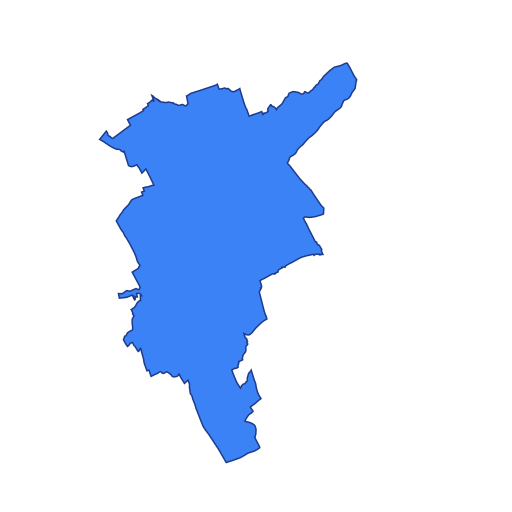 Glavanesti, Bacau, Romania, rotated 71°
{"feature_id": "2599482B83875857219872", "entity_name": "Glavanesti", "entity_type": "district", "adm_level": 2, "iso_a3": "ROU", "parent_name": "Romania", "parent_adm1": "Bacau", "projection": "robinson", "projection_center": [27.377, 46.271], "detail": "fine", "context": "isolated", "style": "filled", "palette": "blue", "viewbox_px": 512, "rotation_deg": 71, "n_neighbors": 0, "source": "geoboundaries", "source_scale": "gbopen_adm2", "svg_char_len": 6096}
<svg xmlns="http://www.w3.org/2000/svg" viewBox="0 0 512 512"><g transform="rotate(71 256 256)"><path d="M441.6,351.4L441.7,344.0L441.6,336.6L440.6,331.1L439.8,328.0L439.9,321.1L439.3,317.5L438.4,314.7L438.6,314.6L427.0,316.3L426.7,315.7L424.0,314.0L422.1,313.4L420.7,312.6L417.8,312.2L416.1,312.3L414.9,312.8L413.1,314.2L410.7,317.0L409.5,319.2L408.4,320.2L406.6,318.3L403.8,314.6L402.9,311.2L401.8,309.3L396.9,310.6L395.3,305.2L393.3,300.5L392.5,297.7L388.6,298.6L384.8,298.9L380.6,298.6L376.6,297.9L372.3,298.0L362.3,297.7L363.2,298.7L364.5,301.1L368.5,304.0L371.2,304.8L371.7,306.3L372.3,306.9L373.0,308.1L373.1,308.5L373.0,310.0L374.1,312.1L375.0,312.6L375.9,313.8L368.9,315.4L360.8,315.9L355.8,316.0L355.4,313.2L355.7,310.4L355.2,309.0L353.5,308.7L352.9,308.2L352.8,307.9L352.0,307.6L351.4,306.9L350.2,306.7L350.0,303.4L349.8,302.4L347.9,302.1L345.6,300.5L344.8,299.6L343.3,297.2L341.9,296.2L338.3,295.1L337.3,293.3L336.5,292.4L335.9,292.7L334.5,292.7L334.0,291.8L332.3,292.2L332.1,291.8L331.6,291.7L329.2,292.8L325.4,292.7L326.8,291.4L328.1,289.3L328.3,287.5L327.1,284.5L324.3,280.1L321.0,273.2L319.9,270.0L319.1,266.2L316.3,266.0L314.3,266.3L310.8,266.2L291.0,264.6L289.1,262.4L288.2,262.3L287.7,262.0L288.0,261.5L286.8,260.7L285.4,260.4L280.6,260.3L280.5,259.4L280.2,258.7L279.9,255.5L278.3,246.6L278.6,244.5L279.1,244.4L279.1,243.9L278.8,242.9L278.4,242.6L278.2,240.3L277.6,240.2L276.7,239.6L276.1,237.5L275.8,235.3L275.0,235.2L276.0,232.0L275.1,231.6L274.2,227.7L273.8,224.2L272.3,216.0L272.0,213.5L272.2,208.5L273.0,201.8L273.3,201.0L274.3,200.9L273.7,198.8L274.9,196.0L274.9,195.2L275.6,195.5L275.9,194.9L275.9,193.3L276.3,192.2L272.4,192.5L271.3,191.7L266.8,192.6L265.7,193.3L265.1,194.2L262.5,194.2L262.2,195.2L246.7,197.4L241.3,197.9L240.7,198.2L235.7,198.9L234.9,197.2L237.0,192.8L237.3,191.3L238.1,187.0L238.4,179.0L238.0,178.4L232.8,176.3L229.3,178.0L215.2,181.8L211.4,182.6L211.1,183.0L210.4,183.4L209.1,183.7L207.4,184.8L206.8,184.8L203.4,186.7L197.0,189.5L181.3,194.8L178.7,196.1L178.3,196.1L176.5,194.0L173.9,192.1L173.3,191.1L172.9,188.4L172.1,185.8L171.2,184.4L169.3,182.5L168.3,181.0L167.0,178.5L166.5,176.7L165.4,174.4L164.5,173.2L161.5,167.6L160.4,163.9L158.5,159.5L157.0,156.7L154.6,153.6L152.1,149.5L150.8,146.5L150.9,145.4L150.1,142.6L148.3,139.0L145.9,135.4L145.2,134.1L143.4,128.1L142.3,126.4L140.7,125.3L137.8,122.6L137.5,121.5L137.4,118.9L136.8,116.7L135.7,114.9L132.7,111.9L130.2,108.2L129.6,107.6L124.1,104.8L122.2,103.4L117.1,104.7L108.7,105.9L103.7,106.9L103.1,107.3L103.0,109.4L103.5,113.7L103.0,120.5L104.6,125.6L108.1,133.5L110.6,136.8L111.0,138.5L113.1,140.7L113.8,141.8L114.0,143.4L114.5,144.3L115.5,145.2L115.4,146.1L116.0,146.6L117.4,148.8L117.5,150.1L118.4,151.9L118.9,153.6L118.6,154.2L116.5,156.3L116.9,157.0L117.6,157.5L118.0,159.2L118.0,159.7L117.5,160.6L115.1,162.7L113.8,164.9L112.7,167.2L112.6,167.8L112.8,171.5L114.0,172.8L115.4,173.8L115.7,174.5L115.9,176.5L120.3,181.5L121.0,182.6L122.6,187.1L124.2,189.1L123.1,189.2L120.9,190.4L120.8,190.7L120.1,191.2L120.2,191.5L119.4,192.0L119.1,192.6L118.2,192.4L117.7,193.0L120.2,196.5L121.3,197.0L121.3,197.3L123.3,197.4L124.0,200.9L123.7,201.5L123.4,201.7L123.6,202.5L124.1,202.6L124.4,203.6L121.3,203.6L121.5,207.4L121.4,213.7L121.6,213.7L121.5,217.0L114.4,217.0L112.3,217.4L107.4,217.5L94.1,217.0L92.4,216.8L93.0,219.1L92.9,219.7L93.2,220.4L93.2,221.9L93.5,222.8L93.2,224.5L92.5,225.0L91.9,226.2L90.8,226.5L88.7,227.7L88.4,228.0L88.4,229.4L87.0,230.7L86.6,235.1L86.1,236.6L81.0,236.6L81.2,237.3L81.4,239.6L81.2,257.0L81.0,265.1L81.9,267.7L82.1,269.6L90.0,270.7L90.2,271.6L91.0,272.6L91.1,273.9L88.7,276.3L88.6,279.4L88.2,280.5L87.0,281.5L85.5,283.8L84.2,284.3L83.9,285.4L81.9,288.7L81.7,290.9L80.9,292.8L80.3,293.5L79.7,295.5L78.6,296.5L78.0,296.4L77.7,296.6L77.9,297.1L77.3,297.7L76.3,297.6L76.1,298.1L75.3,298.6L73.4,300.5L71.6,301.1L70.3,302.2L76.2,302.0L76.2,302.6L74.5,302.7L74.5,302.9L76.2,306.8L76.6,308.9L78.9,308.9L80.6,315.2L81.9,315.0L82.9,319.4L85.2,333.1L91.5,332.1L97.4,350.7L98.2,352.9L97.8,353.7L96.4,354.8L95.6,354.9L94.3,356.3L93.4,356.6L91.4,356.3L89.2,356.9L94.9,365.9L98.4,362.8L103.9,358.7L107.9,355.1L109.9,352.8L110.2,351.4L110.8,350.5L111.2,350.0L112.5,349.5L114.6,347.5L114.0,347.1L114.1,346.6L129.0,347.1L130.2,345.9L131.1,344.4L131.3,342.2L130.9,338.9L132.8,338.6L134.0,338.0L136.1,337.6L140.5,336.9L137.9,331.8L146.8,330.5L155.7,329.5L155.5,331.1L155.4,335.6L154.9,338.2L154.8,340.6L158.3,340.5L158.3,343.4L161.8,343.2L162.0,350.7L162.3,354.8L163.2,356.4L165.9,359.6L169.3,366.3L170.9,368.0L173.1,371.5L173.9,372.3L177.3,376.7L187.0,375.0L190.8,373.8L194.7,373.4L196.2,372.8L203.2,371.4L212.9,370.0L217.0,369.7L222.8,369.9L227.1,368.8L227.7,369.5L228.3,370.6L229.3,370.9L231.0,378.3L247.5,375.7L249.5,377.3L249.6,377.9L249.2,378.6L247.7,380.0L248.2,386.3L247.9,387.4L246.7,389.2L246.6,389.7L248.0,394.2L247.8,395.6L246.7,398.3L251.4,398.9L253.0,391.7L252.7,385.6L256.7,385.4L256.8,385.0L258.0,384.9L257.6,384.2L256.8,384.2L256.4,383.9L254.9,383.9L255.5,383.4L256.1,381.5L252.6,381.2L253.3,378.5L255.1,377.2L256.4,377.1L255.8,378.3L260.4,379.6L260.2,380.1L260.3,380.7L261.4,383.3L264.2,386.4L265.2,388.2L266.1,391.5L267.0,391.0L268.0,391.3L269.3,390.9L270.8,391.6L272.6,390.7L275.4,393.6L278.9,394.9L283.5,395.9L285.3,396.6L285.7,397.1L286.2,400.6L286.9,402.7L287.9,403.5L289.1,405.1L289.1,406.3L292.1,408.6L296.6,407.8L299.7,407.0L299.4,406.0L298.4,404.2L297.4,403.2L297.6,402.5L297.4,401.1L299.1,400.6L300.2,400.8L301.6,400.0L304.4,399.3L305.4,399.2L307.9,398.5L307.4,396.9L306.4,396.5L305.7,395.6L305.6,395.3L305.9,395.1L306.7,395.3L308.4,395.0L308.8,395.4L316.3,395.8L321.0,396.6L329.1,396.5L328.9,394.4L335.7,394.4L335.1,390.2L335.0,387.7L334.2,384.8L334.4,383.8L334.7,383.4L336.3,382.8L337.0,381.5L336.5,378.9L336.5,377.8L340.4,375.0L341.8,374.7L343.0,374.0L343.4,373.3L344.0,371.1L344.0,370.0L343.9,368.9L342.6,367.2L346.8,366.6L353.2,365.1L351.2,360.7L355.5,360.6L358.5,361.7L364.9,362.9L367.3,362.1L370.7,362.4L375.8,362.1L381.1,362.3L399.7,361.5L403.5,360.6L409.4,358.7L426.6,354.3L441.6,351.4Z" fill="#3b82f6" stroke="#1e3a8a" stroke-width="1.5"/></g></svg>